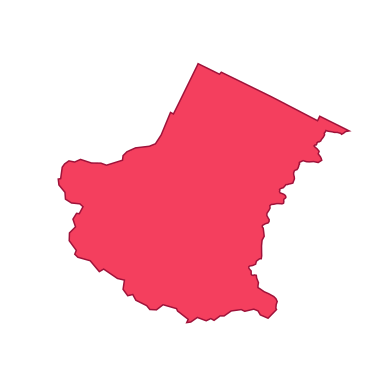 outline of Grand, Colorado, United States of America, rotated 116°
{"feature_id": "52423323B77546934946548", "entity_name": "Grand", "entity_type": "district", "adm_level": 2, "iso_a3": "USA", "parent_name": "United States of America", "parent_adm1": "Colorado", "projection": "equal_earth", "projection_center": [-106.159, 40.085], "detail": "fine", "context": "isolated", "style": "filled", "palette": "rose", "viewbox_px": 384, "rotation_deg": 116, "n_neighbors": 0, "source": "geoboundaries", "source_scale": "gbopen_adm2", "svg_char_len": 2535}
<svg xmlns="http://www.w3.org/2000/svg" viewBox="0 0 384 384"><g transform="rotate(116 192 192)"><path d="M68.2,77.5L67.9,110.4L72.9,110.4L71.6,162.0L71.5,218.2L74.1,218.9L74.0,242.8L75.9,242.7L120.5,242.8L130.0,242.9L129.9,246.2L154.3,244.7L164.7,246.0L169.6,250.4L177.1,262.1L184.3,268.1L189.5,269.9L193.9,268.4L205.4,280.6L206.0,286.5L210.0,295.0L211.6,306.5L216.5,310.6L218.0,316.3L222.6,318.8L226.6,319.5L237.6,315.9L239.0,317.9L244.0,314.7L248.0,306.0L253.9,302.6L254.7,295.5L251.8,287.6L253.0,283.5L260.9,283.8L261.8,286.4L268.6,287.1L274.4,281.4L282.5,284.2L289.6,281.0L295.2,270.4L299.3,270.1L300.7,266.0L298.4,253.4L304.2,240.4L300.0,237.6L302.4,221.1L300.8,214.1L309.7,211.3L313.4,204.3L310.1,200.3L313.9,195.0L314.0,182.9L316.1,178.4L313.5,172.3L306.0,168.6L303.6,154.8L305.3,152.8L308.1,139.6L311.7,139.5L309.4,136.1L302.4,132.2L301.5,122.8L297.5,119.6L297.7,115.9L291.0,112.4L289.3,108.8L281.7,104.6L276.1,96.2L276.1,92.3L270.2,85.1L269.9,80.6L272.5,76.7L272.1,68.3L260.6,64.5L259.7,65.7L256.2,67.0L253.1,67.4L251.1,69.8L250.1,72.7L249.8,78.5L250.0,83.5L249.2,88.6L249.0,90.8L247.1,91.7L244.4,92.5L241.0,96.2L238.7,97.7L239.3,99.8L240.1,100.3L240.5,101.6L239.9,102.8L237.1,104.2L236.1,106.5L235.6,107.5L234.3,108.2L233.3,107.8L231.5,105.3L229.0,103.2L225.9,103.8L222.4,102.0L221.6,100.5L218.8,101.4L215.7,103.0L209.9,105.9L204.6,107.9L200.2,107.7L196.1,110.3L193.2,112.2L192.8,113.3L191.7,114.0L190.6,113.7L188.2,112.0L186.5,110.1L184.8,109.8L183.0,110.5L182.1,112.0L180.3,114.5L178.3,115.3L176.7,115.1L174.7,114.8L172.3,114.8L170.1,116.1L168.4,115.2L167.2,113.2L165.3,110.8L164.6,109.4L163.7,107.3L163.2,105.9L162.0,104.8L160.5,105.2L159.5,105.8L158.7,106.2L157.8,106.1L156.8,105.5L155.9,105.2L154.7,105.9L154.0,107.3L153.8,108.8L154.0,111.2L154.2,112.2L153.4,113.5L152.0,113.8L151.4,114.4L150.5,114.1L149.4,113.2L148.1,111.8L146.0,111.2L144.2,110.8L143.5,109.5L142.4,108.5L141.3,107.0L139.8,105.3L137.7,105.5L135.3,105.7L133.6,106.7L132.0,108.1L130.4,109.0L128.3,109.3L127.1,108.8L125.9,107.5L124.2,107.2L122.1,107.4L121.2,107.7L119.6,107.6L119.1,108.3L118.2,108.4L117.3,107.6L115.1,105.9L114.6,102.4L113.5,99.8L111.3,96.0L110.2,91.5L106.6,89.3L105.1,90.7L104.0,92.1L102.4,95.3L99.7,95.6L98.4,98.4L97.7,101.1L97.1,102.5L95.7,102.0L95.4,101.1L94.0,100.9L93.1,101.3L91.4,100.5L91.3,99.8L89.7,98.7L88.3,98.7L85.1,98.0L82.5,97.9L81.2,98.9L78.9,98.4L78.0,98.6L77.8,97.6L77.8,96.6L76.4,92.2L76.0,90.2L74.7,87.4L74.1,83.9L74.6,82.9L72.8,81.6L70.3,80.4L68.2,77.5Z" fill="#f43f5e" stroke="#9f1239" stroke-width="1.5"/></g></svg>